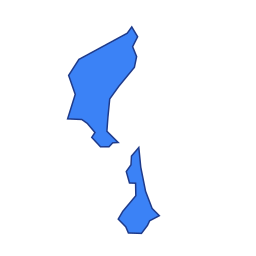 an SVG outline of Caloocan, rotated 313°
{"feature_id": "PHL-5545", "entity_name": "Caloocan", "entity_type": "Highly Urbanized City", "adm_level": 1, "iso_a3": "PHL", "parent_name": "Philippines", "parent_adm1": "", "projection": "robinson", "projection_center": [121.026, 14.697], "detail": "fine", "context": "isolated", "style": "filled", "palette": "blue", "viewbox_px": 256, "rotation_deg": 313, "n_neighbors": 0, "source": "natural_earth", "source_scale": "10m", "svg_char_len": 643}
<svg xmlns="http://www.w3.org/2000/svg" viewBox="0 0 256 256"><g transform="rotate(313 128 128)"><path d="M144.7,45.3L196.8,62.8L204.5,61.8L201.3,72.8L190.6,75.9L186.1,85.6L176.7,91.3L152.4,92.8L136.8,94.8L122.0,106.1L111.2,114.8L110.7,130.7L106.7,126.9L101.3,126.9L95.5,120.7L96.4,107.9L102.2,106.9L103.6,95.1L102.7,88.4L93.5,77.6L116.6,66.5L126.0,48.7L144.7,45.3ZM51.5,199.9L54.2,193.8L54.7,183.0L63.6,181.0L83.8,179.9L92.8,171.2L88.8,166.6L95.0,156.4L103.1,155.3L109.8,149.7L121.1,149.2L108.0,164.1L93.7,184.0L85.6,200.5L85.2,210.7L74.9,207.1L69.9,208.7L60.1,209.7L51.5,199.9Z" fill="#3b82f6" stroke="#1e3a8a" stroke-width="1.5"/></g></svg>